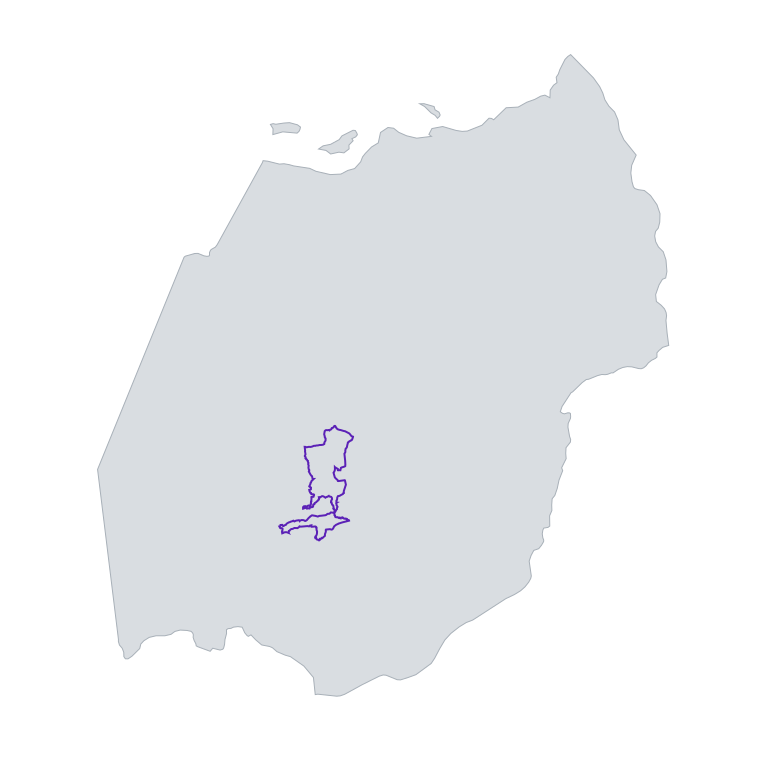 Uyui, Tabora, United Republic of Tanzania shown in context, rotated 263°
{"feature_id": "72390352B28683809474818", "entity_name": "Uyui", "entity_type": "district", "adm_level": 2, "iso_a3": "TZA", "parent_name": "United Republic of Tanzania", "parent_adm1": "Tabora", "projection": "mercator", "projection_center": [33.083, -4.94], "detail": "fine", "context": "in_parent", "style": "outline", "palette": "violet", "viewbox_px": 768, "rotation_deg": 263, "n_neighbors": 0, "source": "geoboundaries", "source_scale": "gbopen_adm2", "svg_char_len": 9748}
<svg xmlns="http://www.w3.org/2000/svg" viewBox="0 0 768 768"><g transform="rotate(263 384 384)"><path d="M276.2,550.8L267.3,546.0L259.2,543.2L252.6,540.0L249.6,536.9L243.4,535.7L238.0,535.2L233.0,532.3L222.8,531.2L221.7,529.3L221.5,525.0L219.7,523.9L216.0,522.8L212.0,522.9L209.6,523.5L208.1,523.2L204.8,520.7L201.7,517.5L200.6,512.4L195.9,509.1L190.5,506.5L175.5,506.8L173.2,506.0L169.6,503.4L165.4,499.1L162.1,494.3L159.1,487.7L156.1,478.7L138.9,443.3L137.2,436.5L133.8,429.1L128.3,420.0L122.5,413.2L114.6,407.1L105.7,400.9L100.9,396.8L91.6,380.2L89.8,372.4L88.3,364.3L88.9,361.0L94.7,350.6L95.3,347.7L94.6,343.8L91.7,335.5L88.1,325.4L80.8,307.1L79.8,302.5L79.9,299.0L84.2,280.5L84.1,277.9L101.3,278.2L113.8,270.1L124.8,257.9L126.9,252.9L131.4,245.1L135.8,241.2L137.4,238.5L139.9,230.8L145.7,225.5L151.2,221.4L150.1,218.6L150.9,217.5L154.0,215.5L159.9,213.6L161.0,209.5L161.0,204.9L160.1,202.3L160.2,199.4L159.3,197.7L155.5,197.3L149.7,195.0L144.9,194.0L141.6,192.7L140.4,191.7L139.9,188.9L142.6,181.8L139.9,178.9L145.9,167.2L147.0,165.7L149.1,165.6L152.6,164.3L155.8,163.7L158.4,164.2L160.3,163.7L162.0,162.4L163.4,158.4L164.6,151.7L163.9,146.3L161.5,142.1L160.8,135.7L161.9,127.1L161.1,120.0L158.4,114.3L155.5,110.9L151.2,109.3L144.5,100.6L142.4,96.4L142.8,93.8L145.1,92.6L149.4,93.0L153.5,92.0L157.2,89.6L160.9,89.0L162.9,89.3L334.1,89.3L534.2,201.0L535.1,202.4L536.6,212.0L536.3,215.3L533.2,220.8L532.3,223.7L532.3,225.7L533.0,226.5L535.7,226.8L537.9,228.1L538.7,229.2L540.4,233.3L542.6,235.4L618.7,290.4L620.4,291.2L619.3,295.8L615.0,307.0L614.8,311.6L613.1,317.1L611.5,320.8L607.1,336.5L603.4,342.4L598.4,356.2L597.6,366.8L600.4,374.2L601.4,381.1L607.3,387.9L612.0,390.4L615.1,393.5L620.8,400.6L624.0,407.7L634.1,411.2L638.1,419.2L636.7,424.7L632.0,429.3L627.6,436.7L624.0,446.4L624.0,461.3L626.3,459.0L631.7,462.7L632.4,473.6L626.9,486.4L625.2,492.4L624.9,497.5L628.9,512.8L635.0,520.6L634.5,523.0L632.9,525.1L643.3,538.9L642.5,550.9L646.3,560.2L648.1,568.3L650.6,574.6L651.1,578.9L647.9,583.6L655.5,584.8L659.9,588.7L662.0,592.4L667.5,592.3L670.4,594.8L674.7,596.9L684.1,603.2L686.7,606.4L688.2,609.4L662.3,629.2L652.9,634.3L646.2,636.6L639.1,637.9L632.3,641.1L625.9,646.0L617.6,648.4L607.6,648.5L597.1,651.9L580.5,662.2L570.9,656.5L563.3,654.7L554.6,654.8L549.3,655.6L547.4,656.8L545.8,660.3L544.3,666.0L538.6,671.5L528.6,676.8L519.4,678.7L511.0,677.4L505.3,675.2L502.3,672.1L497.9,670.7L492.1,671.0L486.6,673.1L481.2,677.3L472.8,679.0L461.1,678.5L454.9,676.5L454.0,673.1L448.9,669.1L439.6,664.5L432.7,664.4L428.3,668.8L424.3,671.6L420.6,672.7L417.4,672.8L412.7,671.6L399.8,671.2L387.6,671.3L386.4,665.0L383.8,661.1L381.7,658.7L377.5,658.2L376.3,656.4L374.9,652.4L372.8,649.0L370.0,646.2L368.4,643.6L367.8,641.2L368.3,638.6L370.8,632.1L371.6,627.6L371.3,623.0L370.0,618.3L367.1,612.7L367.4,611.1L366.4,607.3L366.3,604.7L366.9,601.3L366.3,597.0L363.8,587.7L363.8,585.3L361.2,580.8L353.1,570.1L352.7,568.7L340.0,558.0L335.0,555.6L333.1,557.6L332.4,559.5L333.0,562.9L332.7,564.6L332.1,565.4L329.1,565.3L327.2,564.9L322.4,562.0L318.7,561.3L309.4,561.8L306.1,562.5L303.6,561.9L298.6,556.9L292.9,555.9L287.7,555.7L279.2,550.1L276.2,550.8ZM635.4,372.5L639.6,384.2L639.1,386.4L636.1,387.7L634.6,387.9L632.7,386.0L631.4,382.0L629.2,383.0L625.4,378.3L621.6,378.0L618.3,372.4L619.6,367.5L618.8,359.1L622.9,354.9L625.2,347.7L627.8,352.6L628.4,360.2L632.0,369.3L635.4,372.5ZM655.5,302.9L655.9,305.7L655.0,308.3L655.2,316.6L654.9,322.1L651.8,329.7L649.2,332.4L646.9,331.6L645.1,330.4L643.6,328.3L646.6,314.3L645.1,304.1L650.9,305.0L655.5,302.9ZM647.1,471.7L644.2,472.5L643.0,471.8L641.2,469.5L644.4,467.5L647.4,463.7L654.5,458.1L657.8,453.6L657.3,458.0L653.3,467.5L649.9,468.1L647.1,471.7Z" fill="#d9dde1" stroke="#a8b0b8" stroke-width="1"/><path d="M247.9,271.0L248.1,270.9L248.6,271.5L249.8,271.7L250.0,272.5L250.8,273.3L251.4,274.4L251.3,275.2L251.4,275.9L252.0,277.5L251.5,280.6L252.4,282.3L253.0,282.8L252.6,283.7L252.5,284.9L252.3,290.7L251.8,292.3L252.5,293.2L252.6,294.7L251.9,294.5L251.5,294.6L251.5,294.4L251.2,294.5L251.1,294.8L251.0,298.0L250.9,298.7L250.3,299.3L250.0,299.4L250.0,299.2L249.7,299.1L248.9,299.4L248.0,299.3L247.0,299.3L246.0,299.6L244.6,299.4L243.3,299.1L241.7,298.3L241.2,297.5L240.8,297.2L240.0,296.9L239.4,297.1L239.4,297.5L239.7,297.9L238.3,298.1L237.9,298.4L237.1,300.2L236.7,300.5L237.0,301.2L238.0,301.3L238.2,301.5L238.1,302.5L238.3,302.8L238.1,302.8L238.6,304.2L239.6,305.4L240.3,306.7L240.8,306.9L242.2,307.1L243.7,307.9L244.7,308.3L246.2,308.4L246.6,308.7L246.5,312.7L245.9,314.0L245.9,314.6L246.1,315.1L246.8,315.9L248.8,317.2L250.1,319.3L250.8,321.6L251.0,321.8L251.2,323.3L251.3,323.5L251.7,325.7L252.6,332.7L252.9,332.7L253.3,332.2L253.4,331.7L253.5,331.6L253.5,331.2L253.8,331.1L253.7,330.9L253.9,330.8L254.0,330.6L254.6,330.7L255.1,329.7L254.9,329.4L255.0,328.9L255.2,328.6L255.2,328.0L255.9,327.3L256.0,327.0L256.4,326.9L256.6,326.7L256.3,326.3L256.4,326.2L256.5,325.8L256.3,325.1L256.5,325.0L256.3,324.6L256.4,324.4L256.2,324.4L256.3,324.2L256.2,324.1L256.4,323.9L256.4,323.3L256.6,323.1L256.5,322.9L256.6,322.7L257.0,322.6L257.3,321.5L257.5,321.4L257.5,320.6L257.7,320.2L257.8,319.6L258.6,319.3L259.4,319.4L259.8,318.9L260.1,319.0L261.5,318.8L262.4,319.5L262.9,319.7L263.2,320.1L264.9,321.3L265.6,322.1L265.9,322.1L266.1,322.0L266.6,322.1L267.3,322.7L268.0,322.9L268.6,322.5L269.1,322.4L269.7,322.1L270.1,322.2L270.8,322.2L271.2,322.0L271.9,322.2L272.1,322.7L272.2,322.3L272.4,322.3L272.9,322.4L273.9,322.5L274.3,322.7L274.6,323.1L275.3,323.4L277.1,323.8L278.3,324.6L278.4,326.3L279.2,328.1L279.7,329.6L279.9,329.9L280.5,330.1L280.7,330.9L282.5,331.0L288.7,333.9L293.0,333.5L293.3,333.3L293.2,327.1L293.4,326.4L294.2,326.3L296.3,324.5L297.4,323.8L302.1,323.1L302.9,323.8L304.2,324.6L305.8,325.0L306.6,325.0L307.5,325.1L307.1,325.4L306.7,326.1L306.3,326.4L306.0,327.0L305.4,327.6L305.0,327.7L305.0,327.8L304.4,327.7L304.3,327.8L304.0,327.8L303.9,328.1L304.0,328.4L303.7,330.2L306.0,331.0L306.4,332.0L306.4,332.4L306.5,332.8L306.9,334.9L307.2,335.5L308.6,335.8L312.5,336.1L319.6,336.2L320.9,337.2L321.6,337.4L322.8,337.5L323.6,337.8L324.0,337.9L324.5,338.1L324.8,338.6L325.7,339.4L328.9,340.5L329.3,340.8L330.3,341.0L330.6,341.4L330.7,341.7L331.1,342.1L331.1,342.5L331.6,343.2L331.8,344.1L332.2,344.5L332.2,344.9L332.6,345.5L334.8,346.6L335.5,346.8L336.2,345.4L339.1,343.6L341.8,339.7L342.4,338.0L343.6,335.3L344.0,333.9L344.3,333.5L344.6,332.7L345.7,331.5L346.4,331.4L346.9,331.1L347.1,330.8L348.2,330.5L348.4,330.2L348.4,329.7L348.2,329.4L347.3,328.6L346.7,327.8L346.6,326.8L345.9,326.5L345.7,326.2L345.4,326.0L345.2,324.9L344.6,324.4L344.5,324.2L345.0,323.8L345.1,323.3L345.0,322.6L345.3,320.9L345.1,320.2L344.4,319.4L341.4,318.5L339.3,318.8L338.6,318.7L338.3,318.9L337.6,319.0L337.3,319.3L336.7,319.4L335.9,319.2L335.4,319.2L334.7,318.9L333.7,318.0L332.6,317.5L331.9,317.5L331.7,317.4L331.1,315.9L331.2,315.3L331.1,314.3L331.3,312.8L331.1,311.0L331.2,309.1L331.0,308.4L331.2,307.0L330.6,304.8L330.5,303.5L330.8,301.4L330.6,299.6L330.7,299.1L331.1,298.6L331.3,297.6L327.4,297.6L326.9,297.4L324.5,297.5L323.7,297.5L322.2,296.6L321.7,296.7L321.0,297.3L320.6,297.3L320.1,297.2L319.8,297.4L319.6,297.1L318.8,297.6L318.8,297.9L318.4,298.1L318.1,298.4L317.2,298.7L316.9,299.1L316.4,298.9L315.1,299.3L314.8,299.4L314.0,299.0L313.3,299.0L312.4,299.3L310.2,298.8L308.6,298.9L307.9,299.3L306.9,299.2L306.8,298.9L306.3,298.7L303.1,300.0L301.8,300.7L301.3,301.3L298.4,301.6L298.3,302.6L296.4,300.1L295.0,299.5L294.6,298.9L293.6,298.7L291.6,297.4L291.2,297.9L290.9,297.8L290.1,298.9L288.4,298.6L288.2,298.1L288.1,296.9L286.6,297.0L285.6,297.4L285.1,297.5L284.7,298.3L283.8,298.3L283.2,299.3L283.3,299.7L283.1,300.5L282.8,301.0L282.4,301.1L280.7,300.3L280.7,298.2L280.4,298.1L279.2,298.1L277.8,297.8L277.5,297.8L276.9,297.5L276.3,297.6L276.1,297.4L276.1,297.2L275.6,297.1L275.2,297.0L274.5,297.2L273.9,296.9L273.6,296.5L273.1,296.6L272.5,296.4L272.3,294.9L272.6,294.3L272.4,293.5L272.0,292.9L271.9,292.1L271.9,291.8L272.3,291.3L272.4,289.7L271.9,288.9L270.9,288.5L270.1,288.5L270.6,290.8L270.6,291.6L270.4,291.9L269.7,292.3L269.7,292.6L270.0,293.0L269.5,294.9L269.8,295.1L270.0,295.1L270.1,295.3L270.3,295.2L270.9,295.3L270.5,297.4L270.6,298.0L270.8,298.2L270.9,298.6L271.1,298.7L272.7,299.0L273.2,300.2L273.4,300.4L273.8,300.3L274.3,300.8L275.0,302.4L275.6,302.9L275.9,303.7L277.0,304.7L277.2,305.3L278.0,305.5L278.5,305.4L278.7,305.5L278.7,305.8L279.6,305.6L279.6,307.5L280.2,308.7L280.2,309.2L280.0,309.8L279.4,310.8L278.7,311.5L278.3,312.1L278.6,312.4L278.9,313.2L278.9,313.9L279.7,315.6L279.1,315.9L278.9,316.3L278.8,316.8L278.4,317.8L277.8,318.2L277.2,318.4L276.0,318.4L275.8,318.1L275.2,317.9L274.3,317.2L273.0,317.0L272.9,317.5L270.7,317.8L270.3,318.0L270.0,318.5L269.4,318.6L269.3,318.8L268.2,318.9L267.2,318.8L267.0,318.7L267.0,319.0L266.7,319.1L265.7,319.0L265.6,319.3L264.8,319.6L263.8,319.6L262.9,318.9L262.4,318.1L263.0,315.6L261.9,314.1L261.9,313.4L262.0,312.3L261.8,311.7L261.2,310.9L260.9,309.9L260.9,305.2L261.0,303.7L260.5,302.2L261.4,300.0L262.4,296.7L262.4,296.4L261.3,294.3L260.9,294.0L260.4,293.1L258.3,290.8L257.7,289.5L257.7,289.0L258.6,287.7L258.9,286.5L259.0,285.5L258.7,284.2L258.7,283.9L258.3,283.6L258.9,283.3L259.2,283.0L259.1,280.0L258.5,278.4L258.7,278.0L259.3,277.6L259.4,277.4L258.9,275.9L258.8,274.9L258.4,273.7L258.2,272.5L257.2,270.3L256.2,269.5L255.9,268.2L255.2,266.9L255.3,266.5L255.9,266.1L256.5,266.0L256.6,265.9L256.6,265.1L256.4,264.8L256.4,264.3L257.6,264.3L256.8,264.2L255.9,263.8L255.3,263.1L255.3,262.8L253.7,263.4L253.4,263.8L253.4,265.0L253.1,265.4L252.6,265.7L251.3,265.4L250.3,264.8L250.0,264.9L249.5,264.8L249.4,265.0L249.0,264.8L248.2,264.8L248.4,265.7L248.9,267.0L248.9,268.2L248.7,269.5L247.9,271.0Z" fill="none" stroke="#5b21b6" stroke-width="2"/></g></svg>